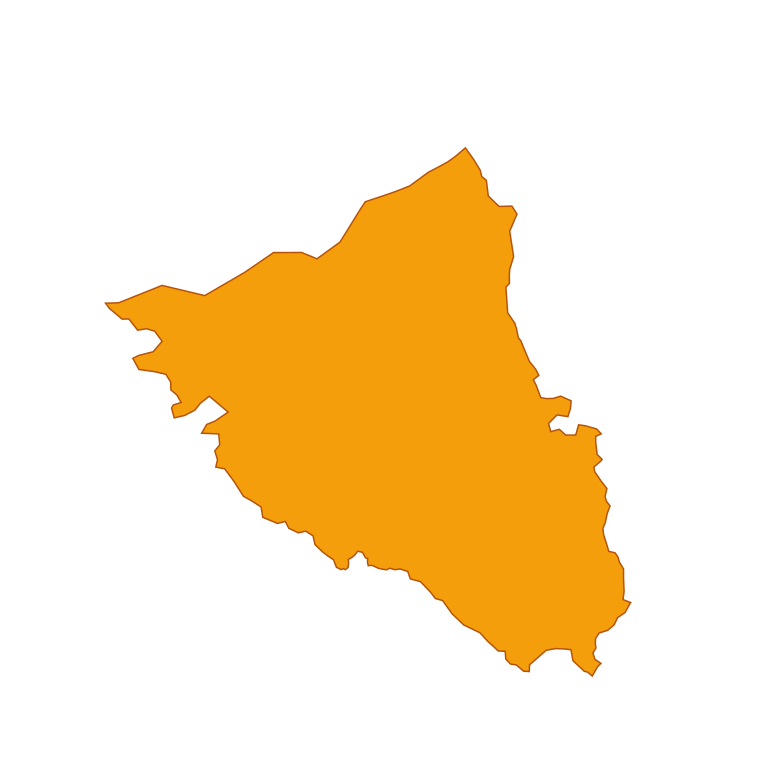 Agios Theodoros Lemesou, Limassol, Cyprus, rotated 283°
{"feature_id": "46923920B32417699607002", "entity_name": "Agios Theodoros Lemesou", "entity_type": "district", "adm_level": 2, "iso_a3": "CYP", "parent_name": "Cyprus", "parent_adm1": "Limassol", "projection": "orthographic", "projection_center": [33.04, 34.894], "detail": "fine", "context": "isolated", "style": "filled", "palette": "amber", "viewbox_px": 768, "rotation_deg": 283, "n_neighbors": 0, "source": "geoboundaries", "source_scale": "gbopen_adm2", "svg_char_len": 2676}
<svg xmlns="http://www.w3.org/2000/svg" viewBox="0 0 768 768"><g transform="rotate(283 384 384)"><path d="M447.6,208.4L429.8,189.4L430.1,145.5L403.4,107.1L400.9,97.6L400.1,94.5L395.7,99.7L388.3,114.3L390.0,120.7L381.0,131.9L384.4,140.0L383.9,148.7L375.7,158.2L363.5,151.8L356.6,138.5L352.5,133.5L343.0,142.0L344.4,157.6L344.4,169.3L337.9,175.7L330.3,177.7L326.7,184.6L320.4,190.5L316.2,183.5L312.8,182.4L303.8,187.2L308.6,197.0L315.9,205.5L323.9,209.4L332.8,216.5L327.3,227.4L321.5,238.4L309.8,227.6L304.7,220.3L295.0,217.4L298.2,234.2L287.8,237.6L280.7,234.2L272.8,238.8L265.2,238.8L265.5,247.8L255.3,259.8L242.9,272.4L240.5,280.9L236.5,291.9L226.8,295.9L224.2,311.7L227.9,318.8L222.0,323.7L219.7,334.1L223.0,340.8L220.1,349.0L212.0,352.9L206.5,362.1L203.8,368.0L201.4,374.3L194.7,378.9L193.5,383.9L194.8,385.7L194.4,388.1L197.1,390.3L201.3,389.9L205.0,388.7L207.8,391.8L211.0,394.2L215.1,395.9L215.2,400.8L210.4,405.2L210.4,407.3L206.7,408.0L203.4,409.5L204.6,413.0L204.0,416.3L203.2,419.7L203.2,423.8L203.5,428.2L205.8,431.2L205.5,436.3L207.4,441.3L206.9,447.0L206.7,449.3L200.0,453.5L199.6,464.0L192.0,475.7L186.5,482.3L186.2,489.8L175.3,502.2L167.1,516.1L163.2,533.4L156.2,543.6L152.8,549.9L149.6,555.3L150.8,562.2L143.4,564.5L139.6,570.3L140.0,576.1L135.6,584.6L135.7,585.3L136.5,590.2L143.1,589.0L161.0,601.9L164.8,610.8L166.3,618.6L167.2,625.9L156.9,630.4L149.1,643.8L149.1,647.3L146.3,652.6L156.8,655.8L160.6,658.2L163.1,651.6L168.8,648.1L174.5,649.9L178.9,648.2L183.8,647.4L189.7,649.6L194.4,657.4L201.1,662.4L208.8,664.1L215.6,670.3L223.1,672.4L226.1,673.3L226.5,673.5L227.7,665.4L235.8,664.6L248.2,661.2L257.7,659.0L263.4,653.5L268.2,650.7L271.5,647.1L271.5,640.6L276.1,638.1L286.4,632.0L292.4,629.8L298.9,630.8L307.9,630.6L316.0,631.7L319.7,627.2L324.1,624.7L332.3,624.7L338.2,617.4L346.0,609.0L350.3,607.2L357.4,612.4L359.6,613.5L363.3,607.5L375.1,603.3L380.7,602.1L384.3,606.9L388.0,601.3L388.6,589.6L388.0,582.8L377.4,582.3L375.1,572.6L379.3,565.0L375.1,557.2L382.6,553.2L392.8,559.6L393.6,570.5L402.0,571.2L409.7,570.1L411.9,558.9L408.0,552.1L406.3,545.5L406.0,539.8L417.3,532.3L421.8,528.5L427.2,532.9L432.3,528.7L438.7,520.6L449.1,513.1L457.0,507.5L459.3,504.5L467.4,500.8L472.7,497.7L481.2,488.5L505.7,481.0L510.1,483.6L518.5,481.6L524.0,480.7L537.4,481.6L561.2,472.1L571.8,474.0L572.7,474.1L579.4,475.4L586.1,468.6L582.9,456.2L590.7,443.3L605.5,437.9L608.1,432.6L614.0,429.6L622.9,420.9L632.4,410.2L624.0,404.0L621.5,402.1L614.5,395.9L605.4,385.6L600.4,379.7L582.7,364.4L574.2,352.0L569.8,345.1L557.4,324.8L550.0,322.0L512.4,309.2L490.9,290.5L493.6,274.1L487.2,246.8L461.4,223.1L447.6,208.4Z" fill="#f59e0b" stroke="#b45309" stroke-width="1.5"/></g></svg>